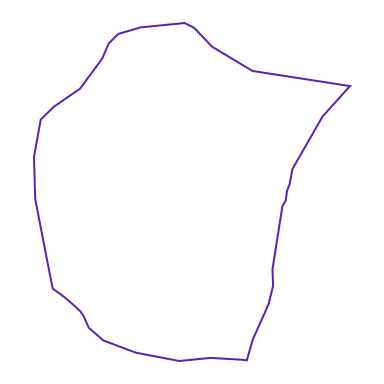 outline of Almolonga, Quezaltenango, Guatemala
{"feature_id": "79465075B59267896905043", "entity_name": "Almolonga", "entity_type": "district", "adm_level": 2, "iso_a3": "GTM", "parent_name": "Guatemala", "parent_adm1": "Quezaltenango", "projection": "natural_earth1", "projection_center": [-91.484, 14.812], "detail": "fine", "context": "isolated", "style": "outline", "palette": "violet", "viewbox_px": 384, "rotation_deg": 0, "n_neighbors": 0, "source": "geoboundaries", "source_scale": "gbopen_adm2", "svg_char_len": 560}
<svg xmlns="http://www.w3.org/2000/svg" viewBox="0 0 384 384"><path d="M350.0,86.1L252.5,71.0L212.2,46.8L194.2,27.9L184.5,23.0L140.5,27.4L118.3,33.9L108.8,43.3L102.2,58.6L80.0,88.7L53.9,106.7L40.8,119.4L34.0,157.0L35.2,198.8L43.1,239.8L52.7,288.6L64.2,297.0L72.9,304.4L80.2,311.2L83.6,316.1L88.9,327.9L103.4,340.5L135.5,352.6L179.2,361.0L210.6,357.9L242.6,359.8L246.8,360.4L252.8,339.5L268.5,304.4L273.1,285.9L272.5,269.1L282.4,206.3L285.7,200.7L287.0,191.0L289.6,184.2L292.5,168.9L322.6,116.4L350.0,86.1Z" fill="none" stroke="#5b21b6" stroke-width="2"/></svg>